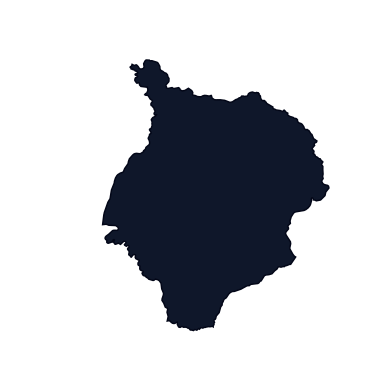 Muecate, Nampula, Mozambique (Robinson projection), rotated 215°
{"feature_id": "85939544B7087427782291", "entity_name": "Muecate", "entity_type": "district", "adm_level": 2, "iso_a3": "MOZ", "parent_name": "Mozambique", "parent_adm1": "Nampula", "projection": "robinson", "projection_center": [39.557, -14.66], "detail": "fine", "context": "isolated", "style": "filled", "palette": "ink", "viewbox_px": 384, "rotation_deg": 215, "n_neighbors": 0, "source": "geoboundaries", "source_scale": "gbopen_adm2", "svg_char_len": 6016}
<svg xmlns="http://www.w3.org/2000/svg" viewBox="0 0 384 384"><g transform="rotate(215 192 192)"><path d="M116.4,78.6L114.2,78.0L113.6,78.5L111.3,79.4L110.8,81.0L108.8,81.6L108.2,83.9L107.2,83.9L107.0,85.8L106.7,86.1L105.0,86.8L104.7,87.7L103.1,89.1L102.7,89.9L102.0,90.4L101.7,90.9L99.9,92.0L98.3,93.6L97.3,93.7L97.8,94.4L98.0,96.1L98.7,96.8L98.8,98.2L100.0,98.8L100.5,99.6L100.5,100.0L100.0,100.9L100.0,101.8L101.0,104.3L100.6,108.7L102.6,114.4L102.5,116.7L103.4,118.0L103.7,120.3L104.1,121.7L104.2,122.6L103.3,125.0L103.4,129.7L103.0,131.5L102.1,133.4L100.2,135.0L96.2,140.5L93.4,146.3L92.6,147.3L91.4,148.1L91.0,149.7L90.5,150.4L85.6,154.8L85.1,156.0L85.1,157.9L84.4,158.8L84.7,165.0L83.8,166.5L81.6,168.4L79.6,170.9L79.1,174.8L78.2,177.7L78.4,180.0L77.9,180.7L76.0,181.5L74.7,183.1L73.5,183.9L73.3,185.1L72.3,186.0L70.4,188.9L69.7,189.3L69.8,198.2L71.3,198.1L73.6,198.8L79.2,201.5L80.0,202.6L81.5,206.2L82.9,207.7L90.2,210.7L91.8,211.9L92.1,213.4L91.8,217.0L92.3,217.8L93.7,218.7L94.0,219.8L93.4,222.7L95.1,224.5L96.5,228.5L96.7,232.8L96.4,234.2L95.4,235.5L89.7,241.1L88.7,242.8L87.8,245.6L87.6,248.4L87.9,250.0L89.0,253.0L90.4,255.0L90.5,255.9L90.1,256.3L88.8,256.0L88.1,255.1L87.2,255.7L85.1,256.1L82.1,259.2L81.0,265.3L82.4,268.7L82.1,273.7L82.6,274.3L83.6,275.1L84.7,275.2L87.7,274.0L89.2,273.9L90.3,274.2L91.9,275.2L92.2,275.7L92.3,278.2L94.0,279.7L94.9,281.8L97.6,285.2L99.5,288.0L101.6,288.8L101.9,289.4L102.0,291.4L102.4,291.9L104.0,291.8L106.0,292.7L107.3,292.1L109.2,292.4L111.1,292.0L113.3,293.2L114.4,292.9L115.0,293.1L115.0,294.5L115.5,295.4L117.8,296.0L118.6,296.6L118.3,300.5L119.0,300.8L119.5,301.6L119.4,303.0L118.7,303.9L118.7,304.7L119.0,305.4L119.3,305.6L119.9,305.3L121.1,305.5L123.0,305.4L126.8,307.9L128.1,307.9L131.3,309.3L133.7,309.2L134.3,308.3L134.9,308.1L136.6,308.6L137.9,309.6L140.6,310.6L142.1,310.6L143.7,310.0L145.3,310.1L146.4,310.8L147.0,311.6L148.2,311.9L149.1,311.8L150.5,311.0L151.9,311.1L155.3,310.0L157.1,309.9L157.8,310.1L158.3,310.5L158.7,311.5L161.5,311.3L162.3,311.8L163.5,311.9L163.8,311.2L163.6,310.3L163.8,309.9L166.5,309.3L170.0,307.5L171.8,307.3L173.2,306.8L173.6,306.9L174.5,308.0L181.5,307.4L183.1,308.1L183.7,307.9L184.5,308.4L185.6,308.3L185.9,307.6L186.8,307.2L188.5,307.6L189.9,308.5L190.9,309.7L191.5,310.0L193.1,310.2L193.3,310.9L194.1,310.9L194.5,311.3L196.3,310.5L197.0,309.4L199.9,308.5L201.4,306.8L202.1,305.0L201.7,302.8L201.9,302.1L204.1,300.2L204.9,300.1L206.3,299.1L206.4,297.2L207.4,296.1L208.0,294.3L209.2,292.7L210.6,289.0L212.3,287.2L217.8,285.8L221.6,283.8L225.4,281.1L226.9,280.4L229.5,280.5L231.3,282.0L231.7,282.1L232.9,280.4L235.9,279.1L237.3,278.2L238.4,276.8L239.1,275.3L240.2,274.5L242.3,273.3L244.6,272.9L246.8,271.9L247.4,272.0L248.5,274.0L250.4,274.9L254.4,274.9L256.0,271.2L257.9,269.3L259.9,268.8L261.5,269.7L262.8,269.8L265.9,266.6L266.9,266.1L268.2,266.1L271.0,263.1L272.5,262.5L273.3,263.5L274.3,264.0L274.6,264.5L274.7,265.2L274.3,268.8L274.5,269.6L276.0,271.8L277.9,272.6L279.3,273.9L281.2,274.4L283.3,273.9L285.4,274.1L286.5,273.8L287.7,273.9L289.1,274.7L290.2,276.2L290.9,276.7L293.7,278.1L295.0,278.2L300.2,276.5L301.5,275.4L302.8,275.5L303.5,274.9L304.8,274.2L305.5,273.4L305.6,272.3L305.2,269.4L302.8,266.8L302.9,264.9L304.5,263.2L306.0,263.0L308.1,263.9L310.2,264.3L310.7,264.1L311.9,262.5L314.3,262.2L313.7,260.3L314.3,259.4L314.3,258.9L314.1,258.6L312.9,258.4L312.5,257.9L311.5,258.2L311.2,259.0L310.3,258.4L309.1,259.1L308.0,258.6L306.6,259.1L304.9,258.8L304.6,257.4L305.6,257.1L306.1,255.8L305.4,255.3L303.6,255.8L302.8,255.5L303.2,253.7L303.7,253.4L303.8,253.0L303.5,251.7L302.7,250.5L299.9,249.5L299.4,249.7L298.2,251.0L297.5,250.8L296.3,249.6L294.4,249.2L288.7,252.2L286.6,250.3L286.3,249.4L285.8,247.2L286.5,245.8L286.5,244.6L285.2,244.8L284.1,245.6L283.0,245.7L279.6,244.2L277.3,244.2L276.6,243.8L276.3,243.0L276.4,241.1L275.6,239.8L274.9,239.5L273.5,239.6L272.5,239.1L271.3,238.9L270.1,237.8L268.8,237.4L268.5,237.1L268.2,234.7L267.2,233.8L266.7,233.9L265.7,234.9L265.3,234.9L265.5,233.0L266.8,230.5L266.9,228.2L266.6,227.7L264.8,226.5L264.0,225.0L262.8,223.7L262.0,220.9L262.1,220.1L262.6,219.6L262.7,219.0L262.4,218.5L260.0,217.5L259.4,216.8L259.4,216.1L259.8,214.9L259.1,213.4L258.8,211.2L258.4,210.6L256.8,209.8L255.6,208.8L254.7,207.7L254.2,206.4L255.3,202.2L254.7,200.2L255.3,198.0L254.8,197.4L256.0,194.2L257.0,193.2L259.5,191.9L260.7,190.8L261.4,189.7L261.8,188.1L262.3,183.3L261.6,180.7L260.6,178.5L260.6,172.6L259.8,169.2L260.2,168.2L261.6,166.3L262.7,163.7L262.9,162.3L262.7,159.6L261.7,156.4L260.8,154.7L259.1,147.4L255.3,139.6L255.0,135.4L252.1,125.1L251.0,122.5L246.5,114.0L243.8,116.4L241.0,117.1L235.5,120.6L234.6,120.8L232.6,120.7L231.4,120.1L231.0,118.8L231.1,117.8L234.1,115.8L234.9,114.8L236.0,109.6L237.0,106.7L237.1,105.2L236.6,104.2L235.6,103.6L234.2,103.6L233.7,103.2L233.1,102.1L232.7,101.8L231.6,101.8L230.9,102.3L229.0,105.0L228.4,105.4L229.1,106.5L229.1,107.7L228.8,108.2L228.3,108.4L228.0,108.2L227.4,106.3L226.9,105.7L225.3,105.1L224.6,105.4L222.9,107.9L220.5,108.1L219.6,112.5L218.4,113.2L217.3,113.1L216.8,111.9L217.2,110.6L217.1,110.0L216.4,109.8L214.7,109.9L213.9,111.5L212.7,111.6L211.9,110.7L212.3,109.4L212.2,108.6L211.8,108.1L209.2,107.2L208.0,104.6L207.3,104.2L205.7,104.2L204.5,103.7L204.3,104.0L204.3,106.1L204.0,107.0L203.3,107.7L202.5,108.1L201.9,107.8L201.0,105.9L199.9,105.2L196.0,105.7L195.6,105.1L195.5,102.9L194.7,101.7L194.1,101.3L192.1,101.4L191.0,99.5L190.3,98.8L189.5,98.5L186.5,99.0L186.0,98.0L186.4,97.2L186.2,96.7L185.0,96.0L184.0,95.7L181.7,96.4L180.5,95.9L179.2,96.2L177.4,95.8L173.2,97.2L172.6,97.8L172.0,99.6L169.8,100.5L167.9,100.6L165.0,99.5L161.2,95.3L157.3,92.8L156.4,91.3L155.2,87.3L154.4,86.0L151.4,84.8L147.9,82.4L145.5,82.6L144.7,82.1L143.5,79.2L140.1,76.4L138.3,72.1L136.6,73.8L135.8,73.5L132.9,73.3L131.8,73.7L130.7,74.5L130.1,76.1L129.4,76.9L127.8,74.9L126.9,74.6L126.1,74.0L125.0,73.8L124.0,74.4L123.6,75.4L123.0,76.1L121.3,76.4L120.1,77.4L118.8,78.1L117.4,78.1L116.4,78.6Z" fill="#0f172a" stroke="#020617" stroke-width="1.5"/></g></svg>